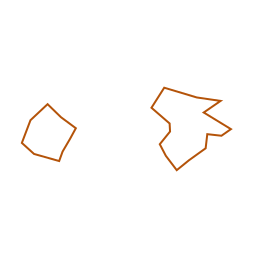 an SVG outline of Vaduz, rotated 129°
{"feature_id": "LIE-4895", "entity_name": "Vaduz", "entity_type": "state/province", "adm_level": 1, "iso_a3": "LIE", "parent_name": "Liechtenstein", "parent_adm1": "", "projection": "natural_earth1", "projection_center": [9.545, 47.128], "detail": "fine", "context": "isolated", "style": "outline", "palette": "amber", "viewbox_px": 256, "rotation_deg": 129, "n_neighbors": 0, "source": "natural_earth", "source_scale": "10m", "svg_char_len": 455}
<svg xmlns="http://www.w3.org/2000/svg" viewBox="0 0 256 256"><g transform="rotate(129 128 128)"><path d="M73.9,125.2L61.0,93.8L48.7,73.1L68.3,78.9L64.1,47.3L75.2,50.5L82.9,62.5L94.9,54.9L114.6,60.3L130.1,63.6L125.8,81.1L120.6,93.1L104.3,93.1L98.3,98.5L97.5,122.5L73.9,125.2ZM160.1,205.5L161.8,186.9L161.0,168.4L173.0,166.2L187.5,164.0L197.0,160.7L207.3,184.7L206.4,201.1L183.3,208.7L160.1,205.5Z" fill="none" stroke="#b45309" stroke-width="2"/></g></svg>